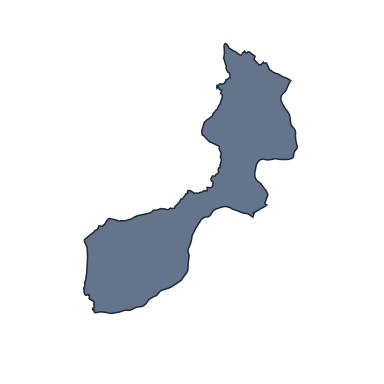 Kaplavas pag., Kraslavas, Latvia (Mercator projection), rotated 116°
{"feature_id": "27541924B33567363876406", "entity_name": "Kaplavas pag.", "entity_type": "district", "adm_level": 2, "iso_a3": "LVA", "parent_name": "Latvia", "parent_adm1": "Kraslavas", "projection": "mercator", "projection_center": [27.187, 55.84], "detail": "fine", "context": "isolated", "style": "filled", "palette": "slate", "viewbox_px": 384, "rotation_deg": 116, "n_neighbors": 0, "source": "geoboundaries", "source_scale": "gbopen_adm2", "svg_char_len": 6014}
<svg xmlns="http://www.w3.org/2000/svg" viewBox="0 0 384 384"><g transform="rotate(116 192 192)"><path d="M260.4,163.0L258.3,164.0L256.9,164.5L250.7,166.6L249.6,167.3L247.9,169.0L246.4,169.9L244.5,170.4L240.1,170.6L235.8,171.3L231.5,172.7L229.9,172.8L224.5,172.8L219.7,172.4L212.5,171.5L210.4,170.5L209.2,169.7L208.4,168.8L207.6,167.2L207.3,166.7L206.3,165.9L205.6,165.6L204.2,165.2L200.4,164.8L198.3,164.1L197.7,163.7L193.3,159.6L191.2,156.9L190.4,155.6L190.1,154.8L189.7,153.0L189.4,150.7L189.6,148.6L189.5,146.6L188.9,142.3L188.7,137.8L188.3,136.7L188.2,136.0L187.1,132.2L187.3,130.0L187.8,127.3L187.9,126.2L184.1,126.8L184.2,127.8L183.4,127.8L183.3,127.0L181.6,125.9L181.4,125.9L181.3,125.7L178.4,123.8L177.7,123.6L176.7,122.8L176.5,122.6L172.6,119.9L170.8,119.2L170.9,120.3L170.8,120.7L170.6,121.1L170.1,121.6L161.1,122.6L160.3,123.6L159.2,124.8L158.2,126.1L157.2,128.5L155.3,131.9L154.2,134.2L153.9,136.0L153.3,138.8L152.4,140.1L151.2,141.7L149.3,143.0L147.4,143.9L142.4,145.3L139.5,146.0L137.9,146.1L135.9,145.8L134.3,145.3L133.0,144.7L131.9,143.5L131.1,142.2L130.4,138.9L128.9,136.2L126.6,133.1L125.5,131.6L125.0,130.1L124.3,127.6L123.1,124.9L122.1,122.8L120.6,119.9L119.8,118.9L118.5,117.5L117.1,116.5L116.4,116.2L115.0,116.5L113.2,117.3L111.4,117.5L109.2,117.4L108.0,117.0L106.3,116.8L105.0,117.3L101.4,120.3L99.7,121.6L95.7,123.9L94.0,124.6L92.7,125.2L91.0,126.9L90.0,128.4L89.3,130.2L88.3,132.2L86.5,133.8L82.4,136.3L79.7,138.3L77.5,141.9L76.3,144.5L73.6,148.6L72.2,150.5L70.1,152.6L67.9,153.5L66.3,153.9L64.2,153.5L60.1,152.1L58.7,152.0L57.3,152.2L51.4,152.4L48.5,152.0L48.2,156.2L48.2,157.7L48.7,160.9L48.2,166.1L48.7,168.9L48.7,172.0L48.1,174.3L48.0,176.1L45.5,179.0L43.4,181.7L44.7,184.1L44.5,184.7L44.3,184.8L46.8,185.8L47.1,185.6L47.5,185.6L47.7,186.5L48.0,186.7L48.1,187.1L48.3,187.3L48.4,187.7L47.8,189.0L47.4,189.5L47.1,190.6L45.7,194.4L42.3,194.8L41.0,202.4L41.4,203.0L42.6,203.7L43.6,204.9L42.2,206.5L45.4,207.5L47.1,207.7L47.8,208.3L47.9,208.6L47.7,209.7L47.4,211.3L46.8,214.7L47.1,216.0L46.6,219.2L46.3,221.9L46.2,221.9L44.1,225.2L43.9,227.0L44.1,227.4L46.4,227.4L52.7,223.8L58.1,222.1L59.0,220.9L60.6,219.7L63.9,216.4L65.1,216.1L66.9,214.6L68.5,212.5L68.7,210.9L69.2,210.0L69.7,209.5L72.3,208.1L72.5,208.1L73.5,208.9L75.3,209.5L76.0,210.7L77.1,210.2L77.6,210.4L78.6,210.3L79.0,210.6L79.4,210.7L80.1,210.6L81.0,211.3L81.4,211.8L82.2,212.2L82.3,212.8L82.1,213.4L82.4,214.2L82.9,214.5L83.4,214.7L84.1,214.6L85.0,215.7L85.1,216.3L85.5,216.4L86.5,215.8L86.9,215.7L87.9,215.0L86.3,214.6L86.2,214.6L86.1,214.4L86.3,213.9L87.7,212.6L87.8,211.5L87.4,210.1L87.6,210.0L90.3,209.6L90.8,209.4L91.5,207.1L93.9,206.4L95.3,206.1L97.1,206.0L100.2,205.4L101.8,205.7L103.5,205.8L106.3,205.5L107.9,206.4L109.7,206.6L112.4,207.6L112.8,207.2L114.6,207.0L118.7,209.0L120.7,210.3L124.1,211.5L132.6,210.1L134.5,209.0L136.2,207.9L136.4,205.8L138.3,200.9L139.1,198.0L139.0,190.4L139.1,187.6L139.2,187.4L141.2,186.7L144.4,182.7L147.8,182.0L150.1,179.8L151.3,179.3L151.7,179.2L153.1,179.2L154.1,178.7L154.6,178.6L155.8,178.7L156.0,178.6L156.1,178.1L156.2,177.9L156.6,178.0L157.1,177.8L158.1,177.6L158.3,177.8L158.3,178.4L158.5,178.5L158.9,178.5L159.6,178.6L161.8,177.5L161.9,177.2L162.2,177.1L162.4,176.8L162.7,176.7L164.0,176.9L165.9,178.2L166.3,178.2L167.0,178.0L167.3,178.0L168.0,178.9L168.3,180.1L168.5,180.5L169.5,180.5L170.1,180.8L170.6,180.7L171.3,180.8L171.7,180.6L172.7,180.5L173.1,180.0L173.6,179.3L173.6,177.7L174.0,177.3L175.0,176.9L176.1,176.7L176.9,176.5L177.6,176.0L178.2,176.0L179.0,176.5L180.7,177.7L180.7,177.8L180.5,178.8L181.1,180.3L181.6,180.4L183.0,179.4L184.5,179.1L184.7,179.3L184.7,179.5L185.0,180.1L185.3,181.6L185.9,181.9L187.0,182.7L187.7,183.0L188.8,184.6L189.6,185.1L190.2,185.7L190.8,187.0L191.2,188.0L191.5,188.3L191.8,188.9L192.0,189.0L192.1,189.3L192.1,189.6L191.8,191.6L191.6,193.3L191.5,193.7L191.8,194.1L191.9,195.3L192.6,196.2L192.9,196.3L193.6,196.2L194.0,195.7L194.5,195.4L194.8,195.1L195.9,196.4L196.2,196.5L202.3,197.5L203.1,198.7L206.4,199.0L208.3,199.4L212.7,200.9L214.4,200.6L215.6,202.8L216.0,204.3L218.2,205.6L218.7,206.5L219.4,210.0L220.1,211.2L220.4,212.6L222.0,214.0L224.3,216.4L225.1,218.6L228.4,219.9L229.7,221.1L236.4,229.6L237.8,231.2L238.0,231.3L238.7,231.7L239.1,232.4L242.8,234.7L247.3,239.6L249.2,243.8L249.8,244.3L250.6,245.8L250.6,246.1L250.3,246.6L250.2,247.1L250.6,247.8L250.8,250.0L251.9,254.1L251.9,254.5L252.8,255.4L253.8,255.5L254.9,256.1L259.8,256.4L260.7,257.3L261.7,257.3L262.1,257.6L262.2,257.8L263.0,260.5L263.4,260.8L263.8,260.9L266.5,260.4L267.1,260.6L269.3,262.5L269.6,262.6L270.3,262.4L281.9,267.8L283.8,266.8L286.3,263.7L288.1,261.8L295.9,257.5L312.5,250.5L313.0,250.6L313.9,250.4L314.4,250.2L314.8,249.7L316.2,249.5L318.4,248.9L318.9,248.8L320.0,249.0L320.2,248.9L320.5,248.6L321.3,248.4L322.3,247.7L322.5,247.3L324.3,247.1L324.7,247.2L325.3,247.1L325.7,247.2L326.6,246.8L326.9,246.1L327.8,245.7L328.2,245.8L328.7,245.3L329.8,244.9L330.1,244.3L331.1,243.4L331.4,242.2L330.9,241.7L330.9,241.4L330.4,240.9L329.6,240.6L329.5,240.0L329.6,239.6L330.2,239.4L330.1,238.9L330.1,238.7L330.6,238.6L331.0,238.2L331.5,238.1L331.8,238.2L332.3,238.1L332.8,237.6L332.8,237.2L333.2,236.7L333.3,235.8L333.1,235.4L332.8,235.3L333.4,234.4L333.4,233.2L333.6,232.6L333.5,232.4L333.8,232.3L334.3,231.5L336.1,231.0L338.2,229.4L338.5,229.2L340.0,230.3L340.6,230.1L341.1,229.8L341.0,229.4L341.1,229.0L340.9,228.8L340.7,228.3L341.0,228.3L341.4,228.1L341.7,228.3L341.7,228.1L342.0,227.8L342.0,227.6L343.0,226.9L342.9,226.0L342.2,224.9L341.0,223.4L339.6,221.3L338.6,218.4L337.6,215.0L337.1,212.9L336.5,211.3L336.2,210.9L332.3,205.3L330.1,202.9L328.0,200.9L326.9,199.4L326.4,197.5L325.3,195.8L323.7,194.3L321.1,192.4L319.3,190.6L318.3,189.0L317.2,187.4L315.6,185.7L313.8,184.9L312.3,184.3L309.3,184.0L307.0,183.3L302.9,180.6L301.5,179.2L300.5,178.5L299.2,178.1L295.6,177.3L293.9,176.3L292.2,174.7L290.4,172.7L288.6,170.8L286.5,169.1L281.7,166.1L275.9,162.9L272.8,162.5L266.4,161.3L264.3,161.4L260.4,163.0Z" fill="#64748b" stroke="#1e293b" stroke-width="1.5"/></g></svg>